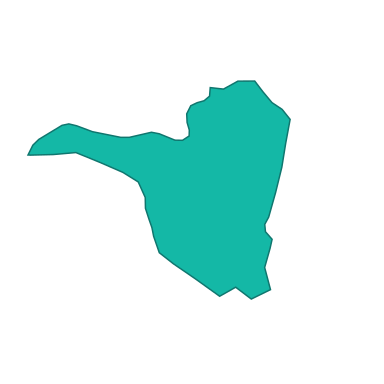 the border of Samux, rotated 329°
{"feature_id": "AZE-1686", "entity_name": "Samux", "entity_type": "District", "adm_level": 1, "iso_a3": "AZE", "parent_name": "Azerbaijan", "parent_adm1": "", "projection": "mercator", "projection_center": [46.434, 40.941], "detail": "fine", "context": "isolated", "style": "filled", "palette": "teal", "viewbox_px": 384, "rotation_deg": 329, "n_neighbors": 0, "source": "natural_earth", "source_scale": "10m", "svg_char_len": 840}
<svg xmlns="http://www.w3.org/2000/svg" viewBox="0 0 384 384"><g transform="rotate(329 192 192)"><path d="M249.3,120.0L256.4,118.9L261.4,111.9L272.0,120.0L288.4,120.6L302.9,129.2L304.4,142.6L306.6,156.6L311.8,167.6L313.5,180.3L297.4,198.5L281.7,217.1L263.4,235.5L244.8,253.0L237.7,257.2L234.5,263.9L236.3,273.8L229.9,280.5L215.4,294.1L209.0,316.1L187.7,314.3L180.4,296.1L162.0,295.6L149.9,267.6L139.1,244.0L132.7,227.2L136.3,210.2L139.3,201.9L141.1,193.2L143.7,182.0L149.1,172.6L151.1,155.7L142.8,139.5L128.1,118.9L112.8,98.4L92.5,88.5L72.4,77.1L70.5,75.8L79.7,69.9L87.8,68.0L114.9,67.9L121.5,70.2L127.2,75.8L137.7,89.0L159.0,108.4L166.5,112.9L188.0,119.9L193.9,125.2L204.1,138.8L210.5,142.8L218.4,142.5L221.6,137.5L223.6,129.9L227.7,122.3L235.4,117.4L242.4,118.1L249.3,120.0Z" fill="#14b8a6" stroke="#0f766e" stroke-width="1.5"/></g></svg>